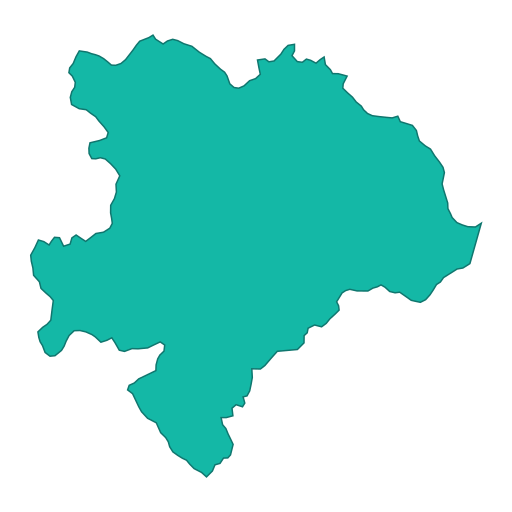 Porteirão, Goiás, Brazil
{"feature_id": "56859067B4903361773953", "entity_name": "Porteirão", "entity_type": "district", "adm_level": 2, "iso_a3": "BRA", "parent_name": "Brazil", "parent_adm1": "Goiás", "projection": "orthographic", "projection_center": [-50.163, -17.922], "detail": "fine", "context": "isolated", "style": "filled", "palette": "teal", "viewbox_px": 512, "rotation_deg": 0, "n_neighbors": 0, "source": "geoboundaries", "source_scale": "gbopen_adm2", "svg_char_len": 3408}
<svg xmlns="http://www.w3.org/2000/svg" viewBox="0 0 512 512"><path d="M206.5,476.9L212.4,471.0L215.0,464.8L220.0,463.4L223.5,458.1L227.8,457.9L230.5,454.9L233.1,444.4L230.5,438.9L228.0,433.8L225.9,428.6L222.6,424.7L221.1,417.6L226.2,417.6L232.9,415.8L232.0,408.2L236.1,404.7L242.5,406.8L244.8,403.1L243.1,396.9L247.0,395.9L249.7,390.9L251.1,384.2L252.3,377.5L251.8,368.8L260.4,369.0L264.9,365.5L270.8,358.6L277.3,351.3L297.4,349.5L304.0,342.9L304.1,335.6L307.2,332.8L308.1,328.2L314.6,325.0L321.6,326.8L326.2,323.4L329.9,318.8L335.2,314.0L339.1,310.1L338.6,305.8L336.6,301.8L342.1,292.9L345.6,290.6L349.8,289.3L357.0,290.9L367.9,291.0L372.9,288.1L377.4,286.8L381.0,284.9L385.0,287.2L389.7,291.5L395.1,292.8L399.7,292.2L406.0,296.6L411.2,300.3L416.0,301.4L420.4,302.3L425.6,299.7L430.0,294.8L433.2,290.0L436.5,284.5L440.4,282.0L443.5,277.6L457.1,269.0L462.9,268.0L469.9,263.6L481.3,223.2L475.4,227.0L467.8,226.7L462.2,224.9L456.9,222.6L452.1,217.5L450.5,213.7L447.9,208.6L447.7,203.0L443.6,189.8L442.1,183.9L443.3,178.1L444.4,172.6L443.0,167.3L439.5,162.1L434.7,155.9L430.5,149.1L425.3,145.9L419.4,141.0L417.7,136.0L416.4,130.5L412.4,125.4L406.6,123.6L400.3,121.7L397.8,116.2L392.2,117.9L386.7,117.4L379.1,116.6L372.3,115.7L367.5,113.5L363.6,109.8L361.3,106.1L356.2,102.0L352.5,97.2L347.5,92.8L342.8,88.2L343.2,83.8L347.1,76.1L343.1,75.0L338.2,73.7L332.5,73.6L330.4,69.7L325.4,64.6L324.1,57.0L320.2,59.6L316.0,63.2L310.6,60.3L306.4,59.1L302.3,62.3L297.3,61.6L292.0,55.7L294.5,50.9L294.5,44.3L288.1,45.4L284.0,49.3L280.9,54.1L274.0,61.0L268.9,61.8L265.0,58.9L257.5,60.0L258.9,67.6L260.3,74.3L255.6,78.6L249.6,80.7L244.0,85.9L238.7,88.2L234.0,87.5L229.8,83.8L227.0,75.9L224.6,72.2L220.5,69.2L214.8,63.9L210.4,58.6L206.1,56.4L199.3,52.2L191.9,46.3L183.7,43.7L177.7,40.6L172.7,39.3L167.4,41.0L163.1,44.0L155.6,39.2L153.0,35.1L148.9,37.6L139.7,41.2L136.4,45.2L132.9,50.2L125.6,59.6L121.0,63.5L115.7,65.3L111.4,65.1L107.8,62.0L103.7,58.7L99.1,56.0L95.4,54.7L91.5,53.7L87.3,52.1L79.3,50.9L76.0,56.8L73.2,63.5L69.7,67.9L68.9,72.7L72.3,76.1L75.3,82.3L74.7,87.3L71.8,91.7L70.3,97.4L71.6,104.5L79.2,108.7L86.2,109.7L90.6,113.2L95.7,116.7L98.9,121.0L104.0,126.7L108.2,132.5L106.6,137.8L99.6,140.5L90.0,142.8L88.9,148.2L89.1,153.6L91.8,158.6L95.8,158.8L100.3,157.7L105.3,159.0L110.5,163.6L115.7,169.1L119.8,175.8L116.0,184.2L116.4,192.1L114.4,198.7L110.7,205.3L110.6,212.9L111.6,218.2L112.3,223.4L109.8,228.2L103.5,232.2L95.9,233.5L90.7,237.6L85.7,241.4L80.8,238.2L76.1,235.0L71.9,237.9L70.1,244.1L63.6,246.2L59.5,237.7L54.5,237.3L51.4,241.3L49.1,245.0L43.8,241.6L38.4,240.0L34.9,247.6L30.7,255.2L31.3,261.1L32.9,267.9L33.6,275.3L39.4,281.8L41.0,288.4L46.0,293.1L50.1,296.6L53.3,300.5L52.1,309.5L50.8,320.2L47.1,324.3L42.7,327.3L37.9,331.9L38.8,337.4L40.1,341.7L42.5,345.6L45.1,352.5L50.0,356.2L55.0,355.7L61.5,350.4L64.1,346.2L66.1,341.2L69.1,335.5L74.2,330.7L80.0,330.5L85.9,331.9L92.0,334.6L95.3,336.9L100.9,342.2L106.9,340.3L111.8,337.8L114.9,342.5L119.3,350.2L124.5,351.4L132.0,348.6L138.1,348.8L147.7,347.9L153.4,345.1L160.2,341.9L164.7,345.0L164.0,351.1L159.9,355.0L157.7,358.9L156.1,364.9L155.9,370.6L138.7,378.9L134.3,383.0L129.2,385.3L127.6,389.9L132.6,393.7L138.8,406.8L141.6,411.8L147.6,418.3L156.3,422.8L160.7,432.7L165.7,437.6L168.3,441.8L169.7,446.8L172.9,451.9L177.8,455.4L182.3,458.2L186.5,460.2L189.7,464.1L194.1,468.6L201.5,472.4L206.5,476.9Z" fill="#14b8a6" stroke="#0f766e" stroke-width="1.5"/></svg>